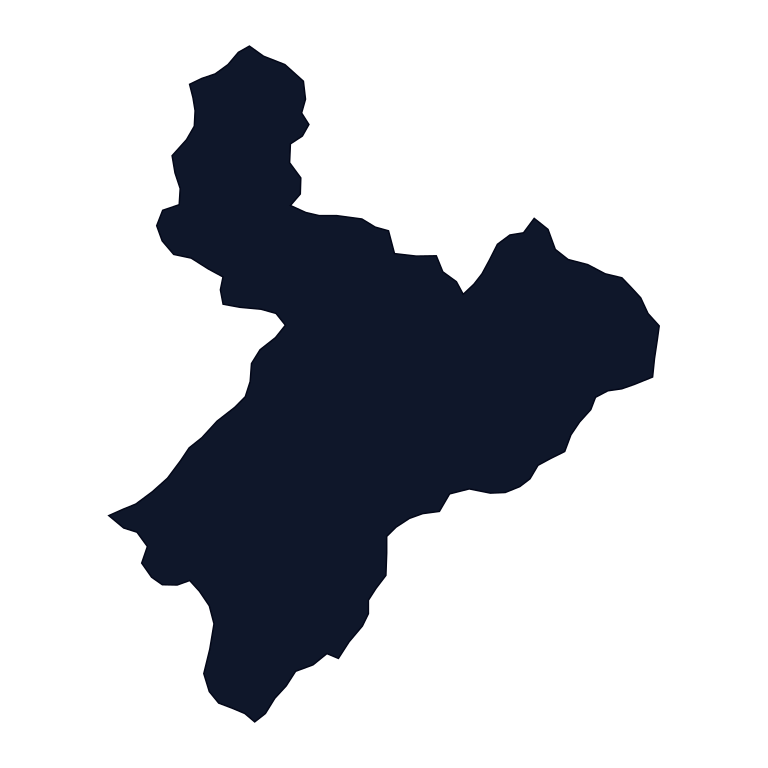 the district of Pequeri, Minas Gerais, Brazil
{"feature_id": "56859067B74304028561666", "entity_name": "Pequeri", "entity_type": "district", "adm_level": 2, "iso_a3": "BRA", "parent_name": "Brazil", "parent_adm1": "Minas Gerais", "projection": "albers", "projection_center": [-43.135, -21.825], "detail": "fine", "context": "isolated", "style": "filled", "palette": "ink", "viewbox_px": 768, "rotation_deg": 0, "n_neighbors": 0, "source": "geoboundaries", "source_scale": "gbopen_adm2", "svg_char_len": 1800}
<svg xmlns="http://www.w3.org/2000/svg" viewBox="0 0 768 768"><path d="M189.6,84.3L193.0,97.8L195.1,110.7L194.3,126.2L186.5,139.7L172.1,155.7L175.0,172.9L180.2,188.6L179.2,204.7L162.7,210.3L156.7,225.7L162.2,240.9L173.7,254.4L191.2,258.1L208.4,269.0L223.0,276.9L220.4,289.8L223.1,304.2L240.0,307.3L260.9,309.2L276.0,313.4L285.4,325.2L275.5,337.6L260.1,349.7L251.5,363.5L250.2,381.5L245.3,396.7L234.8,407.3L217.1,421.1L201.9,437.7L189.2,447.8L180.5,460.8L167.5,478.2L152.4,491.7L135.7,504.1L123.4,509.1L108.8,515.6L123.7,528.0L137.0,532.2L147.4,546.5L141.7,563.1L151.6,577.2L162.3,584.7L177.2,585.0L189.7,580.5L199.4,591.2L209.3,605.8L214.0,623.8L209.8,649.1L203.8,673.6L209.3,691.6L218.7,703.1L232.0,708.1L244.8,713.5L254.7,721.9L265.4,713.5L274.8,698.3L286.2,685.9L295.6,671.3L313.1,664.8L326.9,653.6L338.4,658.4L349.1,641.8L362.4,626.0L368.4,613.7L368.4,600.2L376.0,588.4L385.9,575.4L386.7,553.0L386.7,536.4L396.1,527.1L409.4,518.4L422.7,513.6L439.4,511.4L449.6,493.9L469.2,488.9L490.3,493.1L505.2,492.5L519.8,486.6L530.0,478.8L538.0,465.3L550.6,458.5L564.7,451.5L570.9,434.9L579.6,422.0L590.8,409.6L595.5,397.3L607.8,390.8L621.8,388.8L634.6,384.3L652.6,377.0L654.5,358.5L657.4,339.1L659.2,325.9L648.0,313.5L640.7,297.8L631.3,287.6L621.9,277.8L605.2,273.8L587.7,264.6L568.1,259.5L555.3,249.4L548.0,229.4L534.2,218.4L523.5,232.8L509.9,235.0L497.4,244.3L489.3,260.3L482.0,273.8L473.9,284.2L463.2,294.3L456.4,281.7L442.8,271.8L436.3,255.8L416.2,256.1L394.5,253.6L388.5,230.8L375.2,227.1L361.9,219.0L336.6,215.6L319.1,215.6L305.8,212.5L290.4,205.5L300.3,194.0L300.8,177.9L289.6,162.7L290.4,143.9L302.4,136.0L308.9,124.5L301.6,113.0L305.5,99.2L303.4,81.2L284.9,64.6L263.5,56.2L249.4,46.1L238.4,52.3L228.0,64.6L215.2,73.9L201.9,78.4L189.6,84.3Z" fill="#0f172a" stroke="#020617" stroke-width="1.5"/></svg>